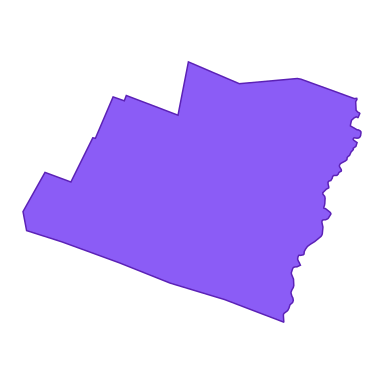 Orange, Vermont, United States of America (Equal Earth projection)
{"feature_id": "52423323B71374601240136", "entity_name": "Orange", "entity_type": "district", "adm_level": 2, "iso_a3": "USA", "parent_name": "United States of America", "parent_adm1": "Vermont", "projection": "equal_earth", "projection_center": [-72.157, 43.996], "detail": "fine", "context": "isolated", "style": "filled", "palette": "violet", "viewbox_px": 384, "rotation_deg": 0, "n_neighbors": 0, "source": "geoboundaries", "source_scale": "gbopen_adm2", "svg_char_len": 1985}
<svg xmlns="http://www.w3.org/2000/svg" viewBox="0 0 384 384"><path d="M356.7,98.3L354.4,98.6L301.0,79.2L297.3,78.5L239.3,83.7L211.2,71.7L188.4,61.9L178.0,115.2L126.3,95.5L124.3,100.8L113.1,96.9L95.4,138.3L92.8,137.8L70.9,182.0L45.0,172.4L23.0,211.6L26.6,230.6L62.0,241.9L119.3,262.8L170.1,283.1L224.7,299.6L283.6,322.1L283.8,321.9L283.4,315.5L283.5,314.2L284.1,313.3L287.2,311.0L287.9,310.2L288.9,308.3L290.0,304.8L292.6,302.5L293.3,300.5L292.9,298.0L291.9,296.1L291.0,293.0L291.1,292.0L292.0,289.7L293.3,287.5L293.8,285.5L293.5,279.1L291.5,274.2L291.3,272.8L292.7,268.5L293.5,267.4L295.1,266.9L297.1,266.8L300.4,265.2L299.8,264.0L299.5,263.2L299.3,262.7L298.4,261.2L297.6,259.1L298.0,256.8L298.5,255.8L299.0,255.2L300.5,255.4L303.3,254.8L304.0,254.1L304.3,251.5L305.6,249.0L307.5,246.4L310.3,244.3L314.7,241.6L321.0,236.4L321.8,235.2L322.3,233.9L322.9,227.7L322.9,226.9L321.9,222.4L322.0,221.1L322.4,220.3L323.6,219.8L325.5,219.8L327.7,218.8L328.4,218.1L330.9,214.0L330.8,213.3L330.0,212.2L325.5,208.6L324.0,208.3L323.8,207.8L323.8,207.2L324.5,205.3L324.8,203.6L325.1,198.2L324.7,196.4L322.9,194.2L322.8,192.7L326.3,189.2L328.7,187.9L328.8,187.1L328.1,184.1L328.0,182.2L329.2,180.9L330.8,180.6L332.3,178.1L332.5,176.9L333.0,176.1L333.9,175.4L334.6,175.5L336.9,175.4L338.4,173.9L338.6,173.0L339.2,172.3L339.4,172.2L339.5,172.1L341.2,171.2L341.4,170.6L341.2,169.5L339.5,166.7L339.4,165.6L339.7,164.7L340.4,163.7L341.5,163.0L345.3,161.0L346.9,159.7L347.2,157.4L348.6,156.0L349.4,155.6L349.7,155.1L351.0,152.1L353.3,149.6L353.2,148.3L355.9,146.4L357.1,142.6L353.7,140.2L353.1,139.2L353.6,138.2L354.2,137.8L357.0,138.2L358.6,138.0L359.5,137.4L360.1,136.7L360.6,135.6L361.0,132.9L360.9,131.7L360.1,130.8L358.4,129.9L357.1,129.8L350.4,125.9L350.5,124.7L351.5,120.3L354.1,117.9L356.1,116.9L356.6,116.9L357.5,117.5L358.1,117.5L359.8,113.5L359.5,113.0L357.9,112.2L356.1,110.3L355.7,102.1L355.7,101.6L356.9,99.6L356.9,98.8L356.7,98.3Z" fill="#8b5cf6" stroke="#5b21b6" stroke-width="1.5"/></svg>